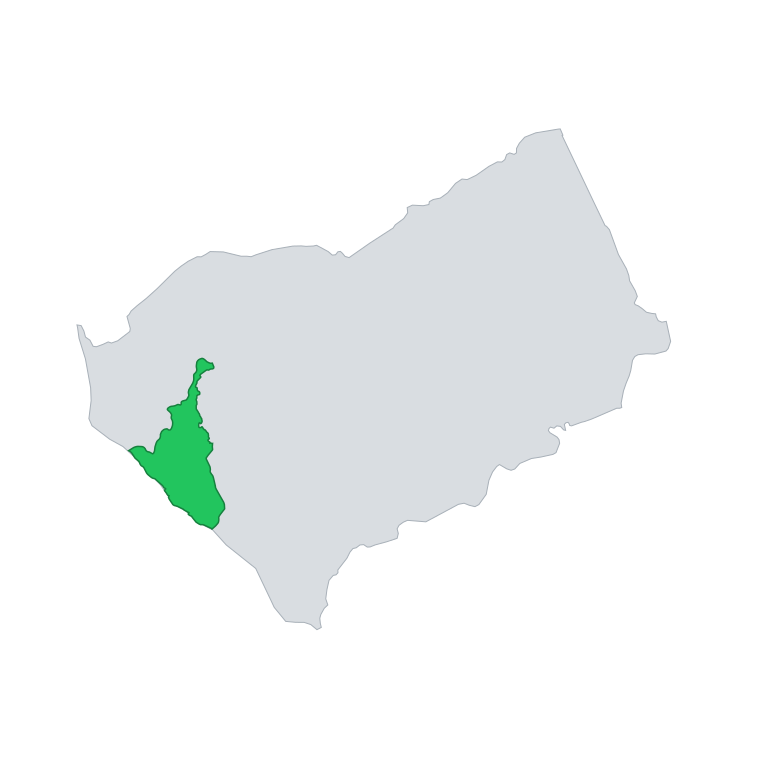 Central highlighted on a map of Ghana, rotated 65°
{"feature_id": "GHA-2160", "entity_name": "Central", "entity_type": "Region", "adm_level": 1, "iso_a3": "GHA", "parent_name": "Ghana", "parent_adm1": "", "projection": "orthographic", "projection_center": [-1.513, 5.658], "detail": "fine", "context": "in_parent", "style": "filled", "palette": "green", "viewbox_px": 768, "rotation_deg": 65, "n_neighbors": 0, "source": "natural_earth", "source_scale": "10m", "svg_char_len": 7432}
<svg xmlns="http://www.w3.org/2000/svg" viewBox="0 0 768 768"><g transform="rotate(65 384 384)"><path d="M466.5,106.2L472.0,111.5L473.3,114.5L471.3,125.9L467.3,133.9L464.8,141.4L465.1,145.1L467.6,148.8L476.1,154.7L480.4,158.5L485.6,164.2L491.5,169.9L501.6,177.2L505.8,178.5L505.6,180.5L504.3,183.4L503.5,210.8L502.8,217.9L502.1,221.4L501.2,231.7L500.1,233.2L498.2,233.0L496.5,233.4L496.0,235.5L496.8,237.6L502.8,239.0L501.5,240.6L497.0,242.0L495.0,245.1L495.9,248.6L493.4,251.4L494.1,253.3L495.7,254.7L498.3,254.2L505.4,249.5L508.4,248.9L512.0,249.9L518.9,257.1L519.2,260.6L516.5,272.7L513.8,282.0L513.4,294.5L516.3,301.4L515.9,305.3L512.8,308.6L505.8,313.4L506.4,316.7L509.6,322.8L515.6,329.6L527.2,338.0L533.4,349.0L533.6,353.4L530.0,357.9L525.9,361.8L524.5,367.4L526.6,404.3L517.5,420.3L517.4,424.9L518.4,430.1L520.8,433.3L525.5,434.2L529.4,437.3L528.1,448.5L526.1,460.0L525.8,465.5L524.7,468.1L521.0,470.3L519.7,473.9L520.7,478.4L520.0,481.7L522.0,485.9L526.2,491.2L533.0,504.4L535.6,505.5L536.7,508.2L536.0,510.9L538.7,516.8L546.2,522.6L554.1,527.6L560.5,528.3L562.0,532.9L566.2,538.7L569.2,541.2L574.1,542.9L578.1,543.7L578.3,548.6L571.1,552.0L566.3,557.1L562.6,564.9L557.6,573.4L540.0,577.9L533.2,577.9L497.0,578.2L463.2,595.0L443.7,601.0L431.7,610.4L415.5,617.2L404.3,625.3L380.9,629.2L342.4,642.0L330.4,647.0L318.2,655.9L298.4,666.3L290.7,666.1L275.2,656.4L263.5,651.5L235.1,644.0L213.8,641.1L203.5,637.9L200.7,637.3L203.1,633.8L209.1,633.6L215.3,634.7L220.0,632.0L226.9,631.7L228.7,628.9L229.3,621.9L229.3,616.2L231.7,613.7L232.3,607.0L229.0,592.2L226.5,590.5L214.2,588.4L213.2,585.5L211.0,582.4L208.7,574.7L206.0,563.4L201.7,549.3L193.4,526.1L191.4,517.9L190.0,509.6L189.7,499.6L191.5,495.9L191.2,490.7L190.5,485.6L196.4,473.8L207.9,459.4L210.3,454.2L212.5,450.6L212.8,445.4L214.9,428.6L220.5,408.3L223.9,400.6L226.3,396.5L229.1,389.7L229.8,386.5L240.4,378.6L245.3,376.4L246.4,373.3L244.7,369.9L245.4,367.5L248.0,366.4L251.9,365.4L254.7,362.2L250.3,337.1L246.8,312.1L246.6,310.0L244.5,306.5L242.4,296.2L238.9,290.2L233.9,288.4L233.9,282.7L239.0,273.1L240.3,267.5L237.9,265.8L237.6,261.4L239.3,254.4L238.5,250.0L237.6,245.4L232.4,234.4L231.2,226.7L233.9,222.2L233.8,212.3L231.1,197.0L230.6,187.4L232.6,183.4L231.7,179.6L227.9,175.9L227.7,172.4L230.9,169.0L230.5,166.3L226.5,164.3L223.0,159.6L219.8,152.2L220.5,140.3L226.6,118.4L227.3,116.5L234.1,116.7L234.1,117.6L255.1,117.4L279.1,117.2L307.8,117.0L333.9,116.7L335.1,115.7L339.4,114.5L365.7,116.8L382.2,115.6L389.2,116.3L394.3,117.8L405.6,116.9L411.7,117.4L416.3,122.9L418.2,122.8L420.7,120.5L425.3,117.9L429.9,115.8L433.2,111.5L435.2,108.2L438.2,108.9L442.5,108.7L445.4,106.0L446.5,101.7L466.5,106.2Z" fill="#d9dde1" stroke="#a8b0b8" stroke-width="1"/><path d="M442.8,601.2L441.7,601.7L435.2,607.2L434.6,608.2L434.1,609.5L432.9,610.7L429.8,612.7L423.6,614.2L422.6,614.2L421.9,614.9L420.5,616.0L419.1,616.4L418.3,615.2L413.8,618.4L412.7,618.8L407.5,623.0L405.4,625.5L404.1,626.3L397.6,627.3L395.6,627.2L394.3,626.1L393.7,626.8L392.9,627.1L390.7,627.3L388.6,627.8L387.5,627.8L387.1,627.0L386.8,626.2L386.1,626.4L385.0,627.3L383.5,627.4L382.1,627.8L373.0,631.7L372.0,633.0L371.2,633.8L369.5,634.8L366.0,636.4L364.2,636.8L358.5,637.0L357.5,637.2L355.5,638.5L354.5,638.8L353.6,638.9L351.8,638.8L350.9,638.8L349.3,639.4L346.1,640.9L340.0,641.8L338.0,642.5L336.5,643.6L335.8,637.9L335.8,636.9L336.1,634.8L336.4,633.8L336.8,632.9L338.5,629.7L339.1,629.0L339.4,628.8L339.8,628.5L340.2,628.3L340.6,628.1L341.4,627.9L341.9,627.8L343.1,627.8L343.6,627.8L344.0,627.7L344.4,627.5L344.8,627.3L345.1,627.1L345.5,626.8L346.5,625.4L349.2,623.4L349.5,623.1L349.5,622.6L349.2,621.9L348.3,620.9L347.7,620.3L344.2,618.1L341.3,615.5L340.2,614.2L339.9,613.7L339.6,613.0L339.0,611.0L338.7,610.4L338.3,609.9L337.6,609.2L337.0,608.8L336.5,608.5L335.6,608.2L334.9,607.6L334.6,607.3L333.1,605.6L332.6,604.1L332.3,603.0L332.3,602.5L332.3,602.0L332.5,601.0L332.8,600.0L333.0,599.6L333.3,599.3L333.6,599.1L334.0,599.0L334.4,598.8L334.7,598.5L335.1,597.7L335.2,597.4L335.2,597.0L335.1,596.6L334.3,595.3L333.1,594.1L332.0,593.1L330.4,592.2L329.6,591.8L328.6,591.5L327.5,591.3L325.4,591.3L324.9,591.2L324.5,591.0L324.0,590.8L323.0,590.0L322.6,589.8L322.2,589.6L321.6,589.5L321.1,589.5L320.1,589.6L319.2,589.8L316.3,591.0L315.8,591.1L315.3,591.0L314.9,590.6L314.5,589.8L314.2,588.0L314.2,587.1L314.3,586.3L314.8,584.9L315.3,583.0L315.4,582.0L315.4,580.2L315.4,579.7L315.6,579.3L315.8,578.9L316.1,578.5L316.7,577.9L316.9,577.6L316.9,577.1L316.8,576.6L316.1,576.1L315.0,575.6L314.6,575.2L314.4,574.7L314.3,573.7L314.5,572.4L314.8,570.8L314.9,570.3L314.7,569.5L314.2,568.6L313.0,566.9L312.4,566.2L311.8,565.7L311.4,565.5L309.3,565.0L308.9,564.8L308.5,564.6L306.9,563.4L306.6,563.1L306.4,562.8L302.4,557.0L300.7,555.3L300.4,555.1L300.0,554.8L298.7,554.1L295.9,552.9L295.6,552.7L295.3,552.5L294.9,552.1L294.0,549.7L293.7,549.2L292.8,548.2L292.1,547.7L290.3,547.1L289.8,547.0L289.1,546.8L287.7,546.1L285.1,544.4L284.8,544.0L284.1,542.9L283.9,542.2L283.7,541.7L283.6,540.5L283.7,539.4L283.8,538.4L284.0,537.9L284.4,537.4L285.1,536.8L286.6,536.0L289.0,535.1L290.0,534.3L291.5,533.0L292.1,532.1L292.5,530.8L296.6,531.0L297.6,531.6L297.8,532.2L297.9,532.6L297.8,533.1L297.7,533.5L297.3,534.3L297.2,534.8L297.1,535.4L297.3,536.7L297.2,537.2L297.0,537.6L296.7,537.9L296.5,538.3L296.3,538.9L297.6,545.7L298.0,546.8L298.4,547.3L298.7,547.3L299.4,547.1L299.8,547.0L300.4,547.2L300.8,548.0L302.1,551.5L302.6,552.4L303.2,552.9L303.5,552.9L303.9,553.0L304.2,553.3L305.6,555.1L306.4,555.8L307.0,556.0L307.4,556.0L307.7,555.7L307.9,555.3L308.2,555.1L308.8,555.1L309.9,555.6L310.6,555.7L311.2,555.7L311.6,555.6L312.0,555.4L312.5,554.9L312.8,554.7L313.2,554.6L314.2,554.7L315.3,555.3L315.5,555.7L315.5,556.1L315.4,556.5L315.3,557.0L315.2,557.3L315.3,557.7L315.4,558.4L315.8,558.7L317.7,559.7L318.0,560.0L318.3,560.5L318.6,560.8L319.8,561.1L320.8,561.1L323.2,562.1L323.6,562.5L324.0,563.2L324.6,563.6L325.3,563.8L326.7,564.5L327.5,564.7L328.0,564.7L328.5,564.5L329.1,564.5L330.1,564.3L332.0,564.2L333.0,564.0L334.1,564.1L334.8,564.4L335.3,564.3L336.1,564.1L337.0,564.1L337.5,564.1L337.9,564.0L338.4,563.9L339.3,564.2L340.7,564.5L341.2,564.8L341.9,565.5L342.2,565.9L342.4,566.4L342.4,566.8L342.3,567.1L341.9,567.2L341.5,567.2L341.2,567.5L341.2,567.9L341.5,568.5L342.9,569.3L343.7,569.7L344.5,569.9L344.9,570.0L345.3,569.8L345.6,569.5L346.1,568.3L346.0,567.9L345.9,567.5L345.8,567.2L346.0,566.9L346.8,566.7L347.8,566.7L348.2,566.6L348.6,566.4L349.4,566.3L349.6,566.1L349.9,565.7L350.2,565.4L351.8,565.1L352.3,565.0L352.8,565.0L353.2,564.8L353.5,564.5L354.0,564.4L354.7,564.3L356.7,564.9L357.3,565.3L357.7,565.5L358.2,565.5L358.7,565.4L359.3,565.3L359.7,565.5L359.9,565.9L360.0,566.4L360.2,566.9L360.4,567.3L360.8,567.4L361.3,567.4L361.7,567.2L362.1,567.1L362.9,566.5L363.3,566.4L363.6,566.6L363.9,566.9L364.1,566.9L364.2,566.6L364.3,566.2L364.4,565.8L365.0,565.3L365.2,565.1L365.3,565.0L365.4,564.5L368.3,566.1L370.9,567.0L371.3,567.4L371.5,567.8L374.3,573.7L375.6,575.9L376.0,576.5L376.8,576.8L377.6,576.8L385.2,576.7L385.8,576.8L386.6,577.0L387.9,577.4L388.6,577.8L389.5,578.4L390.0,578.6L390.8,578.7L393.0,578.4L394.1,578.1L395.1,578.0L396.8,578.2L405.3,580.0L405.8,580.2L406.8,580.5L408.7,580.5L423.5,579.3L425.8,579.6L429.8,581.2L433.1,587.6L434.4,589.6L435.1,590.2L436.0,590.6L436.5,590.7L437.8,591.4L439.1,592.3L439.6,592.9L440.0,593.4L441.4,596.5L442.8,601.2Z" fill="#22c55e" stroke="#15803d" stroke-width="1.5"/></g></svg>